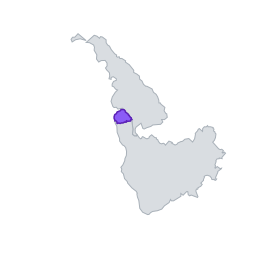 map of Uruguay with Argentina and Brazil greyed out, rotated 130°
{"feature_id": "URY", "entity_name": "Uruguay", "entity_type": "country or territory", "adm_level": 0, "iso_a3": "URY", "parent_name": "South America", "parent_adm1": "", "projection": "mercator", "projection_center": [-56.018, -32.517], "detail": "fine", "context": "with_neighbors", "style": "filled", "palette": "violet", "viewbox_px": 256, "rotation_deg": 130, "n_neighbors": 2, "source": "natural_earth", "source_scale": "50m", "svg_char_len": 4878}
<svg xmlns="http://www.w3.org/2000/svg" viewBox="0 0 256 256"><g transform="rotate(130 128 128)"><path d="M87.9,216.3L90.4,222.0L94.1,224.9L98.0,226.1L96.7,228.6L94.1,228.8L92.6,227.1L87.9,226.9L87.9,216.3ZM118.8,131.0L117.4,137.0L117.4,140.3L116.8,141.0L116.4,145.0L120.0,147.9L119.6,150.3L121.3,151.8L121.2,153.5L118.5,158.1L114.3,160.0L108.7,160.7L105.6,160.4L106.2,162.5L105.6,165.3L106.1,167.1L104.5,168.4L101.6,169.0L98.9,167.6L97.8,168.6L98.2,172.3L100.1,173.4L101.6,172.2L102.5,174.2L99.9,175.4L97.6,177.8L97.2,181.7L96.5,183.8L93.9,183.9L91.7,185.9L90.9,188.9L93.6,191.9L96.3,192.8L95.4,196.5L92.0,198.9L90.2,203.9L87.7,205.6L86.5,207.7L87.4,212.4L89.3,215.0L78.7,213.5L77.6,210.8L77.6,207.5L75.7,207.8L74.8,206.2L74.5,201.5L76.7,199.6L77.5,197.0L77.2,194.8L78.7,191.3L79.7,185.9L79.4,183.6L80.7,182.8L80.4,181.4L79.1,180.6L80.0,178.9L78.7,177.5L78.1,173.0L79.2,172.3L78.7,167.7L80.1,160.7L81.8,159.4L81.0,155.9L80.9,152.7L83.1,150.4L83.0,147.5L84.6,144.2L84.6,141.1L83.9,140.5L82.6,134.7L84.3,131.4L84.1,128.2L85.1,125.3L86.9,122.3L88.9,120.4L88.0,119.2L88.6,118.1L88.5,113.0L91.6,111.4L92.6,108.3L92.2,107.5L94.6,104.8L98.2,105.5L99.9,107.7L101.0,105.2L104.2,105.4L109.8,111.0L112.1,111.5L115.5,113.7L118.4,115.0L118.8,116.3L116.0,121.1L122.0,122.4L124.2,121.9L126.8,119.5L127.3,116.7L128.6,116.2L130.0,118.0L130.0,120.5L125.7,123.5L118.8,131.0Z" fill="#d9dde1" stroke="#a8b0b8" stroke-width="1"/><path d="M130.8,142.7L130.0,140.8L131.2,139.3L129.6,137.0L124.5,133.1L123.5,133.2L120.7,130.6L118.8,131.0L125.7,123.5L130.0,120.5L130.0,118.0L128.6,116.2L127.3,116.7L128.2,113.1L128.2,111.4L127.2,110.9L126.1,111.4L125.1,111.2L124.5,107.3L124.0,106.4L122.1,105.5L120.9,106.1L118.0,105.5L118.1,101.4L117.3,99.8L118.2,99.2L117.9,97.5L118.7,96.2L119.2,93.8L118.5,92.0L117.0,91.2L116.7,90.0L117.1,88.3L111.7,88.2L110.6,84.8L111.5,84.8L110.8,81.0L109.1,80.1L107.4,80.2L104.3,78.7L103.2,77.7L100.0,77.2L97.0,74.6L97.2,69.5L93.5,70.0L89.6,72.2L88.9,73.0L85.4,72.9L83.8,73.4L82.6,73.0L82.7,68.7L80.4,70.4L78.0,70.3L76.9,68.8L75.0,68.6L75.6,67.4L74.1,65.7L72.9,63.1L73.6,62.6L73.6,61.4L75.3,60.6L75.1,59.1L75.8,58.1L76.0,56.8L79.2,54.8L81.9,53.9L84.4,54.0L85.7,45.1L85.3,43.5L84.0,42.5L84.0,40.4L85.6,40.0L86.2,40.2L86.3,39.2L84.6,38.9L84.6,37.1L90.1,37.2L91.0,36.2L92.3,38.8L92.9,38.4L94.4,39.9L96.6,39.7L97.1,38.9L100.4,37.7L100.7,36.6L102.7,35.8L102.6,35.2L100.2,34.9L99.9,31.3L98.6,30.5L99.2,30.3L103.5,31.3L104.3,30.7L109.4,29.2L110.5,28.1L110.1,27.3L111.6,27.2L112.2,27.8L111.9,29.1L112.8,29.5L113.5,30.8L112.7,31.8L112.2,34.2L113.2,36.9L114.9,38.2L116.3,38.4L116.6,37.8L118.7,37.2L119.6,36.5L123.4,36.8L123.5,34.9L125.9,34.8L128.8,36.0L129.6,35.3L130.3,35.4L130.6,36.2L132.0,36.0L133.1,34.9L135.6,30.3L136.5,30.1L138.8,36.6L140.3,37.1L140.4,39.0L138.3,41.3L139.1,42.2L144.1,42.6L144.2,45.4L146.3,43.6L154.5,46.3L155.9,47.9L155.4,49.5L158.7,48.6L164.2,50.1L168.4,50.0L172.5,52.3L176.1,55.5L178.3,56.3L180.7,56.4L181.7,57.3L183.1,62.6L182.0,67.3L176.6,73.1L174.8,76.4L172.7,78.9L172.0,78.9L171.2,81.0L171.4,86.5L170.4,92.9L169.5,94.1L169.0,98.1L166.1,102.0L165.7,105.1L163.4,106.4L162.7,108.2L159.7,108.2L155.3,109.4L153.3,110.7L150.1,111.6L146.8,114.1L144.5,117.2L144.1,119.5L144.5,121.3L143.4,126.0L141.4,127.8L138.3,133.5L133.9,137.6L132.6,140.8L130.8,142.7Z" fill="#d9dde1" stroke="#a8b0b8" stroke-width="1"/><path d="M130.8,142.7L130.6,142.8L130.5,143.0L130.3,143.6L129.7,144.4L129.6,144.8L129.0,145.3L128.5,145.8L128.2,145.8L128.0,146.0L126.5,146.7L125.9,146.6L125.5,146.6L125.2,146.3L124.3,146.2L123.8,146.3L123.1,146.6L122.8,146.6L122.7,146.6L122.3,146.5L122.1,146.2L121.0,145.8L120.1,145.1L119.1,145.1L118.3,145.2L118.1,145.0L118.1,144.9L117.9,144.6L117.2,143.9L116.7,143.2L116.5,142.6L116.6,141.9L116.8,141.0L116.8,140.8L117.0,140.6L117.3,140.4L117.5,140.1L117.5,139.8L117.4,139.4L117.3,138.7L117.2,138.4L117.4,137.9L117.4,137.7L117.3,137.4L117.3,137.2L117.3,136.8L117.2,136.6L117.3,136.4L117.5,136.3L117.7,136.1L117.8,135.8L117.8,135.6L117.8,135.4L117.6,135.2L117.7,134.9L117.9,134.5L118.1,134.2L118.1,133.9L118.1,133.6L118.1,133.3L118.3,133.1L118.3,132.6L118.1,132.2L118.3,131.9L118.6,131.5L118.8,131.2L118.9,130.9L119.0,131.1L119.5,131.2L120.0,131.2L120.2,130.8L120.5,130.6L120.8,130.6L121.1,130.6L121.4,130.9L122.2,131.7L122.9,132.3L123.1,132.6L123.3,132.8L123.4,133.0L123.3,133.5L123.4,133.8L123.5,133.8L123.9,133.7L124.1,133.5L124.2,133.4L124.3,133.3L124.4,133.2L124.5,133.1L124.9,133.4L125.2,133.7L125.2,133.8L125.3,134.0L125.5,134.3L125.7,134.5L125.9,134.6L126.1,134.5L126.5,134.8L127.4,135.1L127.5,135.3L127.7,135.6L128.0,136.0L128.4,136.4L128.7,136.5L129.0,136.6L129.4,136.8L129.6,137.0L129.8,137.5L130.0,137.8L130.1,138.2L130.4,138.5L130.8,138.8L131.2,138.9L131.4,139.1L131.5,139.3L131.2,139.6L130.9,139.9L130.7,140.2L130.5,140.4L130.4,140.5L130.3,141.8L130.3,142.3L130.5,142.5L130.8,142.7Z" fill="#8b5cf6" stroke="#5b21b6" stroke-width="1.5"/></g></svg>